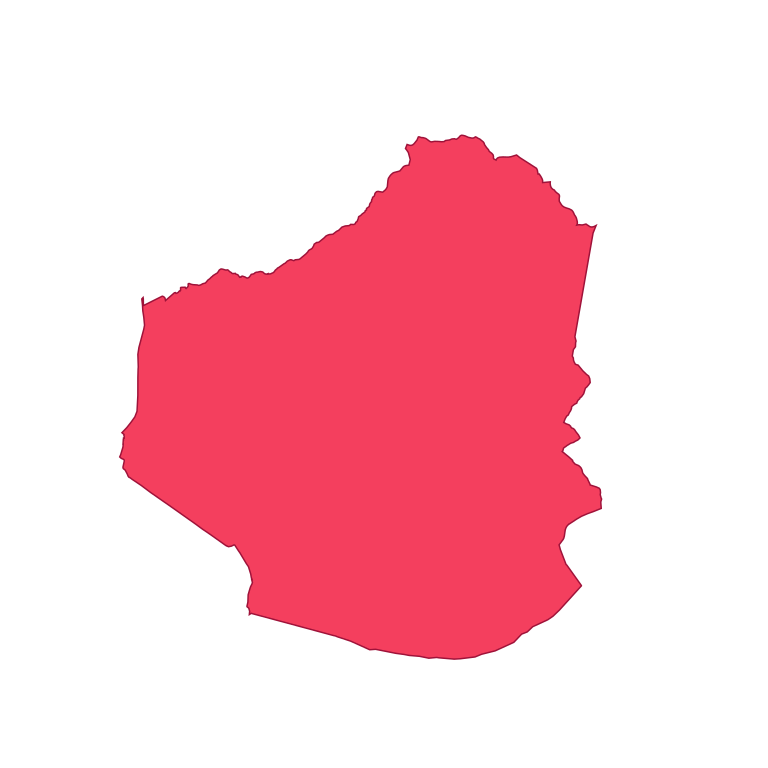 Repelón, Atlántico, Colombia, rotated 111°
{"feature_id": "7082276B99103444770776", "entity_name": "Repelón", "entity_type": "district", "adm_level": 2, "iso_a3": "COL", "parent_name": "Colombia", "parent_adm1": "Atlántico", "projection": "mercator", "projection_center": [-75.149, 10.502], "detail": "fine", "context": "isolated", "style": "filled", "palette": "rose", "viewbox_px": 768, "rotation_deg": 111, "n_neighbors": 0, "source": "geoboundaries", "source_scale": "gbopen_adm2", "svg_char_len": 6171}
<svg xmlns="http://www.w3.org/2000/svg" viewBox="0 0 768 768"><g transform="rotate(111 384 384)"><path d="M160.0,242.8L161.7,244.3L162.8,245.9L163.2,247.0L163.3,248.0L163.2,248.9L162.8,250.0L162.9,250.6L162.3,252.3L162.4,252.9L164.5,255.9L165.4,259.1L166.6,261.0L165.6,260.9L164.3,261.2L162.9,261.9L161.2,263.1L160.1,263.9L158.8,265.3L158.0,266.6L155.8,268.8L154.9,270.1L154.4,271.2L154.1,274.0L154.3,276.5L154.3,279.1L153.8,281.3L153.0,282.7L150.6,285.8L148.4,286.8L145.6,287.5L144.7,288.2L144.3,288.7L143.5,291.5L142.8,293.2L141.9,294.4L141.7,296.3L140.9,298.0L140.1,298.9L139.1,299.7L137.3,300.7L135.7,301.2L139.1,308.1L137.0,308.9L135.6,310.1L133.9,312.1L132.3,314.4L132.8,315.4L129.4,317.5L128.0,318.9L124.0,338.2L122.7,342.3L126.3,346.9L127.7,349.4L129.4,354.3L130.9,357.5L132.3,359.0L133.9,359.6L134.8,359.6L134.5,362.2L133.9,362.8L132.4,363.3L131.2,364.1L130.9,364.4L130.0,366.1L129.1,369.1L127.8,370.5L126.5,373.0L124.8,375.5L124.4,376.0L123.3,376.8L122.4,378.1L121.0,382.3L120.8,385.0L120.5,385.8L120.5,387.2L122.1,388.4L122.9,389.9L123.5,393.7L123.3,397.2L123.6,399.5L124.0,400.8L124.9,401.7L127.5,402.7L129.6,404.1L129.8,404.7L129.7,405.9L130.9,408.4L132.7,410.3L134.6,413.8L135.0,414.1L136.1,414.7L137.2,417.0L137.9,419.6L139.3,423.7L140.9,426.3L141.1,427.2L141.1,428.1L139.8,432.8L139.8,433.7L140.0,435.8L140.5,437.1L140.7,440.0L141.1,440.5L144.4,440.6L148.8,442.0L150.6,443.0L151.6,444.3L152.0,445.8L152.1,448.3L156.5,448.3L157.4,446.7L159.2,444.2L165.1,439.9L170.8,439.2L172.2,441.8L173.3,443.1L174.3,443.8L179.3,445.5L180.0,446.3L183.1,450.6L184.0,451.4L185.9,452.4L187.2,452.9L190.4,453.6L192.5,453.3L198.6,451.6L199.3,451.6L201.5,452.0L202.7,452.5L205.4,454.0L206.3,458.6L207.1,459.8L208.4,460.5L209.7,460.7L211.1,460.5L212.0,460.5L212.5,460.6L213.3,461.3L214.0,461.5L215.0,461.3L216.6,461.5L218.3,461.0L219.3,461.5L221.2,461.8L223.6,461.4L226.2,463.1L226.9,463.1L227.7,462.7L228.9,463.6L230.0,463.4L232.1,464.6L232.6,465.1L235.1,466.2L236.7,467.5L237.2,467.6L239.0,467.3L241.6,467.4L242.1,467.5L243.2,468.3L244.7,468.3L245.9,469.3L246.9,472.3L248.4,473.1L248.7,473.5L250.4,476.9L252.6,479.5L256.8,481.4L258.5,483.0L262.5,485.4L264.1,488.6L265.2,489.9L266.6,491.2L269.1,492.3L274.7,495.5L275.4,496.2L276.0,497.6L278.5,499.3L280.3,499.2L283.0,499.7L283.9,500.2L285.2,501.4L286.4,502.2L288.1,502.5L290.7,503.6L297.8,507.6L298.3,508.3L299.9,511.5L300.7,511.9L301.2,512.5L301.3,515.3L301.8,516.3L303.9,518.3L306.6,519.5L307.5,520.4L312.9,524.0L314.0,525.0L314.8,525.2L316.7,526.3L318.2,526.6L319.4,527.1L320.3,527.8L321.1,528.8L321.7,529.2L323.1,531.9L322.6,531.9L323.6,533.2L323.8,533.8L323.7,534.2L323.8,535.0L322.9,537.3L323.2,539.5L323.8,540.6L324.9,542.1L325.4,543.3L326.4,544.3L327.2,544.6L328.0,545.3L329.2,547.2L332.3,548.0L333.5,548.8L334.1,549.6L334.2,550.6L333.9,551.9L334.0,554.7L334.2,555.2L334.9,555.9L335.2,556.1L335.5,555.9L336.1,556.9L334.4,559.6L334.4,562.0L334.0,562.6L334.3,562.9L334.6,563.8L334.9,564.1L335.2,565.3L334.6,567.0L334.4,568.4L333.5,570.4L333.6,571.3L334.3,572.3L334.6,575.7L334.9,577.1L335.2,577.6L336.6,578.6L339.9,579.3L344.1,582.5L344.9,582.7L345.9,583.4L348.6,584.6L349.3,585.2L350.0,585.6L353.7,586.9L355.4,589.2L357.2,590.7L358.1,591.9L358.4,592.5L358.4,593.7L359.7,597.9L360.0,599.8L360.0,601.9L360.2,602.3L360.8,602.7L362.7,601.9L363.0,601.9L363.9,602.1L365.8,603.0L365.7,603.4L364.9,604.3L366.5,608.1L367.0,608.4L369.4,607.5L370.4,607.8L370.3,608.2L371.0,608.6L372.1,608.9L372.9,609.5L373.9,610.6L373.4,611.5L374.0,612.4L384.4,617.9L382.6,619.0L382.1,619.5L381.7,620.2L381.4,621.7L381.5,622.5L397.0,636.7L390.8,639.2L389.6,639.9L391.4,640.6L397.0,637.7L402.1,635.4L407.9,632.1L415.0,628.6L419.0,627.9L437.7,625.9L444.5,624.4L456.2,619.5L458.2,618.9L466.1,616.1L482.9,609.7L498.0,604.8L504.0,604.8L510.5,606.5L516.9,608.5L523.4,611.2L524.3,608.6L524.9,608.6L525.7,607.9L527.6,607.1L527.8,607.8L529.5,607.2L529.5,607.4L533.7,606.1L533.6,605.9L533.9,605.8L536.5,605.1L544.3,604.5L546.8,604.6L547.6,602.6L547.7,600.1L548.2,599.2L549.4,598.8L555.2,597.9L556.2,597.3L556.6,596.7L556.8,595.6L557.3,594.6L559.9,591.6L561.9,589.7L562.5,588.6L562.5,587.5L563.2,585.2L565.7,574.3L568.9,563.1L575.8,535.2L582.4,509.3L584.5,501.7L586.8,491.9L591.3,474.5L591.6,473.1L591.4,473.0L591.6,471.9L591.6,470.8L590.1,468.4L588.0,466.4L587.9,466.0L588.0,465.4L591.8,460.2L593.2,458.1L600.9,448.3L603.1,445.1L609.2,440.3L612.1,438.6L613.8,437.1L613.9,437.5L616.5,435.7L617.9,435.6L621.0,435.9L623.3,435.8L629.4,435.3L636.4,432.9L640.6,432.3L641.1,431.9L641.5,430.5L641.9,429.8L644.3,428.0L647.5,427.1L645.7,425.8L636.9,340.8L636.6,339.1L636.7,337.2L636.0,323.1L637.2,302.1L634.7,296.8L631.2,276.4L629.3,268.4L628.4,263.3L625.5,253.3L623.9,243.9L620.4,236.8L620.0,234.8L615.7,219.9L613.2,214.4L606.2,201.2L601.3,196.0L593.3,184.6L578.6,170.2L568.2,165.9L564.1,161.4L557.3,158.2L545.4,146.6L540.2,143.0L532.4,139.3L501.7,127.4L501.4,127.5L487.5,148.5L487.3,149.3L475.4,160.0L471.4,162.9L465.1,161.1L463.8,160.9L461.5,161.1L455.3,162.5L453.4,162.6L451.5,162.4L448.6,161.3L448.6,161.1L441.3,155.9L436.8,152.3L432.2,147.6L427.5,142.2L422.3,136.6L417.0,139.1L416.0,139.4L413.4,139.6L412.8,140.3L409.8,142.5L407.9,142.9L405.3,144.2L404.2,145.6L404.0,148.8L404.4,155.4L403.7,155.8L400.4,159.3L399.3,160.2L397.6,163.8L396.3,166.0L395.6,166.8L393.2,168.4L391.7,170.0L391.1,171.1L390.4,173.0L390.3,176.9L388.5,180.4L387.7,180.5L386.0,184.9L383.2,193.4L382.2,193.1L379.6,193.4L378.7,193.0L377.4,192.0L375.5,190.9L374.4,189.9L373.4,189.3L372.0,188.0L370.6,186.1L368.9,184.9L367.2,183.3L366.4,182.7L364.1,181.7L361.9,184.2L359.7,187.9L358.2,189.9L357.7,191.8L357.8,192.9L357.6,193.5L357.2,194.1L356.6,194.6L355.8,196.6L355.9,199.8L355.5,201.9L355.5,202.4L351.5,202.4L348.4,201.9L347.0,200.9L344.3,200.7L342.0,200.2L339.7,200.2L337.8,200.7L334.7,198.9L332.8,197.2L331.3,197.3L329.5,197.0L327.6,196.0L326.3,196.0L325.3,195.1L321.5,194.1L315.7,194.5L314.1,193.6L311.5,192.7L308.8,192.0L305.3,193.8L303.2,195.8L302.5,198.3L300.4,203.2L296.8,209.5L297.0,212.4L295.1,214.6L293.7,215.7L291.8,216.6L290.5,218.2L284.0,219.5L280.6,218.6L276.8,219.9L275.1,220.1L271.5,222.7L168.2,242.9L160.0,242.8Z" fill="#f43f5e" stroke="#9f1239" stroke-width="1.5"/></g></svg>